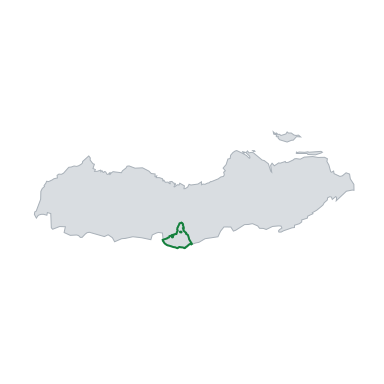 Åre, Jämtland, Sweden (highlighted), rotated 254°
{"feature_id": "70781695B29171482831525", "entity_name": "Åre", "entity_type": "district", "adm_level": 2, "iso_a3": "SWE", "parent_name": "Sweden", "parent_adm1": "Jämtland", "projection": "albers", "projection_center": [13.184, 63.496], "detail": "fine", "context": "in_parent", "style": "outline", "palette": "green", "viewbox_px": 384, "rotation_deg": 254, "n_neighbors": 0, "source": "geoboundaries", "source_scale": "gbopen_adm2", "svg_char_len": 6329}
<svg xmlns="http://www.w3.org/2000/svg" viewBox="0 0 384 384"><g transform="rotate(254 192 192)"><path d="M131.7,265.6L132.6,268.5L134.7,268.2L135.5,266.1L136.7,259.9L135.5,253.0L137.3,250.6L138.5,246.9L141.3,245.8L144.9,241.4L145.3,236.9L146.2,233.6L143.2,223.5L143.0,221.0L147.6,219.7L149.6,213.1L146.5,208.7L141.8,204.6L143.5,191.7L141.7,184.7L142.0,181.7L141.7,177.2L142.9,175.4L140.7,168.7L143.0,164.2L142.6,161.8L149.0,152.6L153.1,150.9L160.7,152.3L162.4,148.6L162.4,146.6L161.7,142.0L157.5,139.3L161.9,131.0L165.3,122.8L165.8,114.9L166.5,111.6L165.5,103.9L170.0,102.9L174.0,99.6L173.3,95.5L181.6,82.2L181.8,79.9L181.0,77.8L178.7,73.9L179.2,72.1L181.5,70.9L182.5,69.1L183.9,63.0L188.3,57.9L193.5,60.7L195.3,55.2L194.6,47.8L196.4,46.9L210.2,50.3L212.1,47.3L209.7,46.1L211.6,42.9L212.1,41.0L212.1,38.8L211.9,37.7L209.8,35.2L213.9,34.3L216.2,35.4L216.6,37.0L226.7,44.5L234.3,46.9L236.7,49.1L237.9,51.7L239.0,51.6L240.8,54.0L242.4,55.2L241.5,57.1L242.2,61.1L242.8,62.9L242.6,66.5L245.2,66.9L245.9,69.0L245.0,71.3L245.5,73.7L249.7,80.3L249.3,82.8L249.5,85.8L248.4,88.2L248.5,90.5L249.3,93.3L250.0,94.6L251.5,95.3L255.1,102.7L252.8,103.6L250.8,102.9L246.6,104.5L245.6,105.8L241.9,103.3L240.2,105.3L238.7,104.0L238.0,106.6L238.2,110.1L236.6,110.0L237.4,111.3L235.3,112.0L235.2,112.6L235.8,113.4L235.2,114.5L232.3,115.3L232.1,116.5L233.1,117.7L233.2,118.6L231.1,117.5L232.7,119.9L233.3,121.7L230.0,129.4L231.6,131.1L233.2,135.1L234.7,136.7L234.4,138.7L230.6,143.8L228.9,151.1L223.9,156.4L221.0,157.9L219.5,161.5L217.1,160.7L217.2,162.6L215.7,161.5L214.8,164.6L212.9,167.3L210.7,167.0L210.5,167.5L211.2,168.2L208.7,169.0L208.1,171.7L206.3,172.6L206.0,173.4L208.0,173.4L207.7,175.6L205.6,176.8L204.9,178.2L203.9,178.3L204.0,177.2L202.5,177.4L202.0,176.2L201.7,176.6L203.0,180.0L202.3,181.4L203.8,182.7L200.0,186.4L197.4,185.2L197.1,186.3L197.9,189.2L200.2,191.3L199.0,192.9L198.0,199.9L199.2,203.9L196.3,203.2L196.6,204.8L195.8,206.6L196.3,209.3L196.1,211.1L196.9,212.6L196.6,213.4L197.4,220.8L198.5,223.9L198.3,226.5L199.6,227.8L202.3,227.9L203.2,229.9L206.4,228.5L209.0,232.4L213.8,235.6L213.7,237.9L216.7,239.3L218.7,242.3L219.5,244.8L219.5,246.4L215.3,251.2L212.1,254.4L208.6,256.4L208.8,257.1L210.6,257.3L214.8,254.8L216.2,256.6L213.9,257.6L213.7,260.1L212.8,261.8L203.4,268.2L202.3,270.1L198.1,273.2L190.2,273.4L189.0,274.1L195.9,274.9L197.6,276.9L194.5,278.4L196.1,283.4L195.4,284.6L195.6,290.1L194.4,290.3L194.0,292.6L194.9,298.1L195.6,299.6L195.4,301.3L193.7,305.1L194.6,309.5L192.8,317.8L190.5,322.6L188.8,329.0L186.7,331.3L184.1,330.1L180.3,331.0L173.3,330.9L172.5,331.6L173.1,333.9L170.5,333.6L166.2,338.5L166.1,340.9L168.0,345.4L165.8,348.4L161.0,347.8L154.7,349.7L149.0,348.2L149.7,346.6L150.2,340.6L143.8,328.2L146.8,329.5L148.0,328.9L146.2,324.8L148.7,324.6L149.5,323.2L149.1,320.8L147.0,319.8L145.2,316.1L143.3,314.2L140.1,306.9L138.9,301.9L137.8,302.3L136.9,296.6L135.1,295.7L134.9,289.8L133.0,289.2L131.9,286.5L131.8,281.4L129.6,280.7L130.0,278.3L129.5,269.4L128.9,266.6L129.5,264.5L130.7,264.4L131.7,265.6ZM224.7,289.9L223.7,290.5L223.3,292.1L221.8,293.1L221.9,298.2L223.5,300.0L222.1,300.9L221.3,303.7L218.7,305.7L217.7,307.5L217.3,310.1L215.0,311.6L216.4,307.7L213.9,303.6L214.3,302.1L213.8,297.2L218.1,290.6L220.3,289.6L221.4,290.2L221.7,288.7L222.4,288.3L224.7,289.9ZM195.5,327.2L194.3,328.3L193.9,326.8L193.7,320.9L196.1,313.8L197.3,313.2L200.1,303.5L200.4,302.9L201.6,303.4L200.8,304.4L200.9,306.0L199.1,311.2L198.7,314.5L198.0,315.3L195.5,327.2ZM225.5,287.8L225.4,289.2L224.1,288.2L225.1,286.5L227.5,286.7L225.5,287.8ZM216.8,251.8L215.5,254.1L215.1,253.2L215.3,252.1L216.8,251.8ZM214.4,263.5L213.7,263.7L214.1,262.2L215.1,261.7L214.4,263.5Z" fill="#d9dde1" stroke="#a8b0b8" stroke-width="1"/><path d="M157.7,166.4L157.4,166.2L157.0,166.2L156.7,166.0L156.5,165.8L156.1,165.6L155.9,165.4L156.0,164.9L156.2,164.5L156.2,164.1L156.2,163.7L155.9,163.4L155.9,162.9L156.1,162.7L156.0,162.4L155.8,162.0L155.5,161.8L155.2,161.6L154.5,161.6L154.0,161.3L153.8,161.1L153.8,160.8L153.8,160.5L154.1,160.3L154.4,160.4L154.9,160.7L155.2,161.0L155.4,161.3L155.6,161.5L156.0,161.6L156.2,161.3L156.2,160.9L156.1,160.6L155.8,160.4L155.6,160.1L155.7,159.6L155.8,158.6L155.7,158.1L155.3,158.0L155.1,157.8L155.0,157.6L154.7,157.3L154.6,156.9L154.6,156.6L154.7,156.1L154.7,155.9L154.6,155.6L154.2,155.1L154.2,154.6L154.2,153.1L154.1,151.4L154.1,150.7L153.8,150.7L153.2,150.5L152.9,150.6L151.8,151.0L150.4,151.4L149.7,151.8L149.0,152.5L148.4,152.8L147.9,153.3L147.7,153.6L147.4,153.9L146.9,154.8L146.4,155.7L146.0,156.3L145.5,157.0L144.9,157.9L144.4,158.6L144.1,159.1L143.9,159.6L143.7,160.0L143.6,160.4L143.0,161.2L142.5,161.7L142.4,162.0L142.1,162.3L142.0,162.5L142.0,162.9L142.1,163.1L142.3,163.4L142.4,163.7L142.4,163.9L142.4,164.3L142.6,164.6L142.6,164.8L142.5,165.1L142.3,165.3L142.0,165.8L141.8,166.4L141.7,166.8L141.5,167.1L141.4,167.6L141.2,168.0L140.8,168.5L140.6,168.8L140.4,168.9L140.2,169.1L140.1,169.5L140.1,169.9L140.2,170.3L140.3,170.4L140.5,170.5L140.6,170.8L140.7,171.0L140.8,171.2L140.9,171.9L141.4,172.9L141.5,173.1L141.7,173.6L141.9,173.9L142.1,174.3L142.3,174.9L142.5,175.2L142.5,175.6L142.5,175.9L142.4,176.2L141.9,176.7L141.6,177.3L141.3,177.6L141.2,177.6L141.9,177.6L142.5,177.6L143.0,177.4L143.7,177.2L144.6,176.9L145.6,176.7L146.2,176.5L147.3,176.2L148.6,176.3L150.1,176.3L151.8,176.2L152.2,175.9L152.7,175.4L153.3,174.9L153.6,174.7L154.1,174.9L154.2,175.1L154.6,175.0L154.9,174.7L155.4,174.3L155.9,174.0L156.3,173.9L156.5,173.6L156.9,173.4L157.6,173.3L158.3,173.3L158.6,173.4L158.7,173.8L158.9,173.9L159.2,173.6L159.3,173.4L159.8,173.3L160.0,173.7L159.7,174.0L160.1,174.3L160.7,174.2L161.0,174.3L161.4,174.3L161.7,174.2L162.4,174.1L162.7,174.1L163.0,174.3L163.3,174.5L163.6,174.5L163.9,174.4L164.2,174.1L164.6,174.0L164.9,174.0L165.0,174.0L165.7,174.1L165.8,174.2L165.2,173.1L165.4,172.7L165.4,171.8L165.2,171.2L164.6,171.0L162.7,169.1L162.1,168.8L161.7,168.2L161.4,168.0L161.1,167.9L160.7,167.7L160.3,167.6L160.0,167.6L159.9,167.4L159.5,167.4L159.2,167.6L158.8,167.6L158.6,167.3L158.3,167.1L157.9,166.8L157.8,166.6L157.7,166.4ZM156.2,170.7L156.1,170.4L156.2,170.2L156.4,170.1L156.4,169.8L156.5,169.6L156.9,169.4L157.0,169.4L157.1,169.5L157.1,169.8L157.1,170.0L156.9,170.2L156.8,170.3L156.8,170.5L156.7,170.8L156.4,170.8L156.3,170.7L156.2,170.7Z" fill="none" stroke="#15803d" stroke-width="2"/></g></svg>